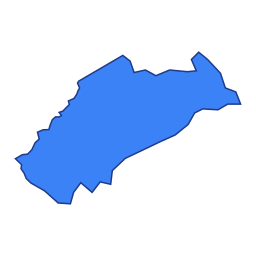 the district of Kato Zodeia, Cyprus
{"feature_id": "46923920B4985084471398", "entity_name": "Kato Zodeia", "entity_type": "district", "adm_level": 2, "iso_a3": "CYP", "parent_name": "Cyprus", "parent_adm1": "", "projection": "mercator", "projection_center": [32.975, 35.159], "detail": "fine", "context": "isolated", "style": "filled", "palette": "blue", "viewbox_px": 256, "rotation_deg": 0, "n_neighbors": 0, "source": "geoboundaries", "source_scale": "gbopen_adm2", "svg_char_len": 843}
<svg xmlns="http://www.w3.org/2000/svg" viewBox="0 0 256 256"><path d="M30.9,183.0L44.5,190.8L58.2,203.0L70.4,203.8L73.6,192.4L80.8,182.7L92.1,192.4L100.2,181.9L110.7,184.3L112.3,170.6L125.2,158.4L142.2,150.3L159.1,142.2L175.3,134.9L188.2,124.4L194.6,113.0L202.7,108.9L218.0,109.8L227.7,104.1L240.6,104.1L235.8,91.9L225.3,87.9L220.5,73.3L207.6,59.5L198.7,52.2L191.4,59.5L196.3,70.8L187.4,71.7L169.6,70.0L155.9,75.7L145.4,70.0L134.1,72.5L130.1,61.1L122.8,55.4L78.6,81.2L77.5,83.1L79.6,88.0L78.2,90.3L76.9,93.9L74.1,98.4L68.4,100.9L69.3,104.6L66.5,107.3L62.9,111.1L59.1,112.4L61.5,115.6L59.1,116.9L55.5,116.9L52.4,119.6L50.2,125.0L48.8,129.6L43.0,129.8L37.5,132.2L39.2,139.0L35.2,142.6L31.8,149.8L27.6,154.1L22.3,154.7L15.4,158.7L21.6,164.7L21.0,168.7L24.0,173.0L26.3,178.6L30.9,183.0Z" fill="#3b82f6" stroke="#1e3a8a" stroke-width="1.5"/></svg>